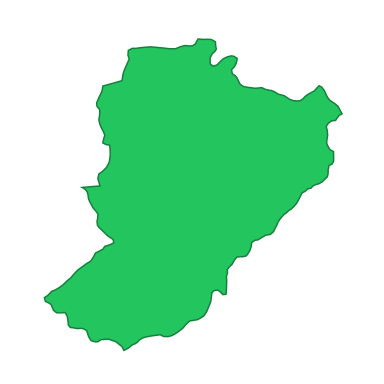 Ribeirão Preto, São Paulo, Brazil, rotated 355°
{"feature_id": "56859067B67302806086523", "entity_name": "Ribeirão Preto", "entity_type": "district", "adm_level": 2, "iso_a3": "BRA", "parent_name": "Brazil", "parent_adm1": "São Paulo", "projection": "mercator", "projection_center": [-47.819, -21.215], "detail": "fine", "context": "isolated", "style": "filled", "palette": "green", "viewbox_px": 384, "rotation_deg": 355, "n_neighbors": 0, "source": "geoboundaries", "source_scale": "gbopen_adm2", "svg_char_len": 3514}
<svg xmlns="http://www.w3.org/2000/svg" viewBox="0 0 384 384"><g transform="rotate(355 192 192)"><path d="M282.9,99.3L279.9,97.8L277.2,97.2L273.9,96.1L270.6,94.1L266.8,94.2L263.4,94.1L260.9,93.5L258.2,92.9L255.4,92.3L251.9,91.1L249.2,88.6L248.1,85.7L246.7,82.1L245.1,79.8L242.5,77.8L242.0,73.7L245.3,70.7L247.4,67.3L248.7,62.9L245.8,60.6L243.1,59.8L239.1,60.4L234.8,62.0L231.8,64.3L228.2,67.5L224.0,68.6L221.3,66.0L221.7,60.0L224.2,56.1L227.0,54.0L228.7,51.8L228.3,48.4L228.4,44.3L224.4,41.7L220.4,41.2L216.0,40.9L211.3,40.1L208.2,44.8L205.2,46.4L202.2,46.3L197.9,45.5L193.9,46.1L191.0,46.9L188.3,47.8L185.6,47.7L181.4,47.2L176.1,46.1L172.2,45.4L168.1,44.6L163.4,43.8L158.2,43.7L152.6,43.8L148.8,44.0L144.9,43.7L140.9,45.4L140.1,50.3L141.1,53.9L139.1,57.5L137.1,61.2L135.1,64.9L133.5,68.7L132.8,71.8L131.9,75.0L112.4,78.7L111.4,82.9L109.8,86.1L107.8,89.2L106.5,91.8L104.8,94.7L104.8,98.4L107.3,102.1L106.8,106.7L105.5,112.2L106.1,116.4L107.4,120.4L109.1,124.4L110.1,127.8L108.6,131.5L107.4,135.3L110.5,137.2L114.0,138.2L114.1,141.9L114.0,145.9L113.5,149.6L112.2,154.9L109.1,159.9L105.0,163.4L100.7,166.0L99.4,170.6L100.1,173.9L100.8,178.0L94.9,177.9L82.9,177.9L86.0,180.1L87.6,182.8L88.2,185.9L88.3,189.8L89.3,192.8L90.5,195.5L91.9,199.0L94.4,202.4L96.4,205.8L95.8,209.6L94.8,213.1L94.9,216.6L96.2,219.1L98.9,222.1L101.8,225.6L104.3,228.4L109.4,232.5L109.5,235.9L105.8,237.3L100.3,238.6L98.2,241.2L95.2,242.5L90.5,244.4L87.8,248.7L85.0,252.1L80.8,254.1L76.7,256.6L71.8,259.5L69.1,261.8L66.8,263.9L63.5,267.2L60.2,269.3L57.9,271.2L55.0,273.5L50.9,275.9L47.4,277.6L43.6,278.7L41.5,280.6L39.1,282.6L35.7,284.4L36.4,288.2L39.4,289.9L41.8,291.8L42.7,294.6L43.7,297.8L46.6,300.5L49.8,300.9L55.2,301.1L56.9,305.1L57.2,310.3L57.2,313.6L59.0,316.4L62.2,317.0L65.5,318.0L69.8,318.2L72.4,319.0L75.1,321.1L76.4,327.2L78.5,331.3L82.7,332.9L85.5,332.9L88.4,331.2L91.6,331.2L96.4,331.4L99.9,333.1L103.2,334.5L106.0,337.3L108.7,339.8L110.4,343.9L114.9,342.0L119.1,339.1L122.2,338.2L124.8,336.7L126.9,334.7L129.9,333.2L132.9,332.5L137.2,332.0L141.8,331.7L144.8,331.6L147.8,331.4L151.3,333.5L155.6,334.0L158.9,333.4L161.9,332.3L165.1,330.6L167.6,329.1L171.3,326.6L173.9,323.9L176.0,322.1L178.8,320.2L182.7,320.0L186.5,319.6L189.3,318.4L192.9,316.6L196.2,312.5L198.2,308.6L199.8,305.6L201.2,302.5L202.1,298.3L203.1,294.1L205.4,292.1L209.2,292.0L211.4,293.9L213.8,296.9L217.0,296.9L217.7,292.6L218.3,287.8L218.8,283.3L219.0,278.7L220.3,275.8L220.4,272.4L223.0,269.6L225.4,267.8L228.3,263.6L231.0,260.7L234.5,260.7L237.9,260.9L240.6,260.3L242.5,258.2L244.8,254.9L246.3,251.3L247.1,247.5L250.6,245.5L253.4,245.5L257.8,243.3L261.7,241.5L266.3,241.1L269.7,238.7L271.8,235.2L273.5,232.6L274.9,229.8L277.0,227.0L279.2,224.7L281.9,222.3L284.4,220.9L286.5,219.1L289.6,217.5L291.9,215.6L294.7,213.0L297.0,209.9L299.2,206.4L301.6,202.5L304.8,201.2L307.4,199.1L310.7,198.6L312.9,196.7L315.4,195.5L318.9,194.9L322.5,193.3L325.3,191.0L328.1,188.7L329.1,185.9L329.6,181.8L330.8,177.6L333.9,176.4L335.7,173.9L336.1,170.6L336.3,167.0L336.5,164.0L333.4,162.1L331.2,157.9L330.4,154.9L331.0,151.6L332.1,147.1L332.1,142.4L331.4,138.5L333.7,135.5L337.2,133.3L341.3,133.2L343.1,130.8L345.2,128.6L348.3,127.2L346.4,122.9L344.8,119.2L341.6,116.1L337.3,112.7L335.3,109.6L334.0,106.5L332.9,103.0L330.4,98.9L327.9,97.2L325.6,99.2L322.6,102.0L318.9,103.6L315.6,105.1L313.3,106.5L310.6,108.9L307.6,110.5L304.8,110.5L300.9,109.8L297.7,108.4L294.9,106.2L292.4,104.2L289.4,103.0L286.3,102.0L282.9,99.3Z" fill="#22c55e" stroke="#15803d" stroke-width="1.5"/></g></svg>